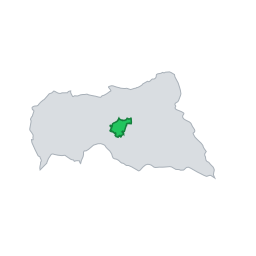 Bakala, Ouaka, Central African Republic (highlighted), rotated 17°
{"feature_id": "33826404B96667764649230", "entity_name": "Bakala", "entity_type": "district", "adm_level": 2, "iso_a3": "CAF", "parent_name": "Central African Republic", "parent_adm1": "Ouaka", "projection": "albers", "projection_center": [20.419, 6.598], "detail": "fine", "context": "in_parent", "style": "filled", "palette": "green", "viewbox_px": 256, "rotation_deg": 17, "n_neighbors": 0, "source": "geoboundaries", "source_scale": "gbopen_adm2", "svg_char_len": 5985}
<svg xmlns="http://www.w3.org/2000/svg" viewBox="0 0 256 256"><g transform="rotate(17 128 128)"><path d="M174.7,96.8L176.9,97.4L177.3,98.1L176.7,100.3L177.1,101.7L178.4,102.9L179.7,103.3L180.9,103.6L185.1,104.3L186.8,105.1L189.2,107.7L192.1,110.1L192.8,111.3L192.7,112.5L191.8,113.8L192.0,114.4L193.3,115.8L194.8,117.2L197.7,118.8L202.5,121.2L204.7,122.8L205.5,124.1L206.8,125.4L208.5,126.7L209.7,127.6L208.9,130.3L209.2,131.2L209.6,132.0L210.6,133.1L211.1,134.4L212.1,136.1L213.3,136.9L215.3,137.2L216.4,138.0L218.6,139.3L220.7,140.4L221.6,141.3L222.2,142.0L222.7,142.8L222.9,143.7L223.0,145.5L223.4,147.8L224.6,149.3L225.7,150.5L221.3,149.2L220.6,149.2L219.9,149.4L217.6,151.1L216.9,151.3L214.1,151.0L207.1,149.8L201.8,148.6L200.2,148.2L197.3,147.8L195.5,148.6L193.7,151.6L193.2,152.1L190.4,153.0L189.1,152.8L185.9,153.6L181.0,152.5L179.2,152.7L177.8,153.3L174.3,154.7L172.1,155.5L169.6,156.2L167.2,157.2L165.6,157.8L164.1,157.8L162.6,157.2L161.1,156.7L159.2,156.6L157.3,157.0L155.7,158.1L155.0,159.0L153.6,161.2L151.9,164.8L151.3,165.5L150.7,165.9L142.9,164.1L139.5,163.7L137.3,164.3L134.5,163.3L133.2,163.1L132.6,163.4L131.1,163.0L128.5,161.7L126.1,161.2L123.9,161.4L122.5,161.0L121.4,159.8L120.0,157.6L117.5,155.4L114.1,153.7L112.0,152.4L111.2,151.5L109.4,151.0L106.6,150.9L103.9,151.8L100.0,154.5L96.5,160.0L94.5,162.2L92.9,162.7L92.5,164.0L93.2,166.2L93.4,168.6L92.9,172.8L93.1,175.8L92.2,175.3L91.4,173.9L91.0,173.6L88.7,174.2L87.4,174.8L86.8,175.4L86.3,175.5L85.5,174.7L84.9,174.5L84.0,174.7L83.1,174.7L82.4,174.6L82.0,174.6L80.9,174.2L76.9,173.0L76.2,172.6L75.4,172.6L73.2,173.6L72.1,173.9L68.8,174.5L65.2,174.8L63.8,174.8L62.8,175.2L62.2,175.9L61.1,179.7L60.8,180.4L60.8,181.3L60.5,184.4L60.6,185.4L56.2,193.8L55.5,192.4L55.1,190.8L54.9,188.9L55.0,188.3L54.8,187.8L54.4,186.2L54.8,185.2L54.5,184.2L53.7,183.1L52.9,182.4L52.5,181.6L52.1,181.3L51.3,181.2L50.1,180.8L45.4,175.8L40.5,170.2L39.5,168.3L39.1,167.3L40.3,167.2L40.6,167.0L40.6,166.5L39.9,165.1L39.6,163.2L39.0,162.1L37.0,160.4L35.2,159.1L34.6,158.4L34.3,157.4L33.6,151.4L33.3,149.7L32.8,148.9L32.3,148.5L32.2,148.1L32.3,147.0L32.5,146.1L32.5,145.7L33.0,144.9L33.1,139.3L32.5,138.5L31.4,138.5L30.8,137.7L30.3,136.6L30.5,135.9L31.6,134.8L32.3,134.3L34.4,133.5L35.0,133.0L35.4,132.5L35.6,131.7L36.9,128.9L38.8,126.0L39.5,125.4L41.4,121.2L41.9,120.2L42.2,119.1L42.8,118.2L44.8,116.8L46.3,114.3L48.0,114.5L49.7,114.9L51.8,115.1L53.5,114.6L54.6,113.7L59.8,112.0L60.2,110.7L61.1,110.0L62.0,109.4L62.4,109.3L62.4,109.7L63.0,111.2L64.2,112.5L65.9,114.1L66.4,114.0L67.5,112.8L70.2,112.2L70.9,111.8L72.9,110.2L75.2,109.1L76.6,108.7L78.9,107.6L80.6,107.8L83.3,107.6L87.7,107.1L91.0,107.0L92.6,106.7L93.0,106.5L93.7,104.9L94.2,104.5L95.4,103.8L97.8,101.3L99.3,99.3L99.8,98.5L100.1,98.4L100.8,97.5L100.1,96.6L97.5,94.8L97.5,94.6L97.4,94.3L97.5,94.0L98.5,93.3L99.9,92.4L101.4,92.1L105.2,92.2L108.4,92.0L109.2,92.1L111.7,91.6L113.4,91.2L115.2,90.4L119.3,90.5L122.6,88.2L123.6,87.8L124.0,87.5L124.1,87.1L125.7,86.2L127.5,84.4L128.8,82.8L129.2,81.6L133.0,77.6L134.3,77.7L135.0,77.2L136.5,74.6L136.9,74.1L138.5,73.6L139.3,72.9L139.9,71.7L139.9,70.3L139.6,69.1L139.6,68.6L140.0,68.1L140.6,67.5L143.4,66.1L144.2,65.4L144.6,64.8L145.4,64.7L146.3,64.8L146.8,64.4L147.5,63.7L149.5,62.9L151.3,62.2L153.2,62.4L156.8,63.3L157.8,65.2L158.3,65.8L162.7,70.2L163.5,71.3L165.7,74.5L167.1,76.7L168.6,79.8L168.7,81.5L168.6,82.9L168.3,87.1L167.9,88.3L166.0,90.5L165.9,91.5L166.3,92.3L166.9,92.7L167.3,93.1L167.1,95.0L167.7,95.8L169.2,96.3L172.8,96.6L174.7,96.8Z" fill="#d9dde1" stroke="#a8b0b8" stroke-width="1"/><path d="M128.0,117.7L127.9,117.7L127.4,118.6L126.9,118.8L126.6,118.9L126.1,119.3L125.8,119.3L125.5,119.1L125.2,119.1L124.9,118.9L124.3,119.0L124.2,119.6L123.9,120.4L123.8,120.8L123.3,121.0L122.9,121.6L122.5,121.8L121.9,121.7L121.5,122.1L121.2,122.2L120.9,122.4L120.6,122.5L120.3,122.1L120.2,122.1L120.1,122.3L119.9,122.3L119.7,122.3L119.3,122.5L119.2,122.4L118.8,122.2L118.5,122.2L118.2,122.2L118.0,122.3L117.8,122.2L117.7,122.2L117.4,121.9L117.2,121.7L116.7,121.7L116.4,121.3L116.3,121.8L116.4,122.2L116.4,122.5L116.3,122.8L116.3,123.3L116.0,123.4L115.9,124.1L115.7,124.7L114.9,125.3L114.7,126.0L114.2,126.2L113.9,126.6L113.5,126.9L113.2,127.1L112.8,127.5L112.2,128.3L112.0,128.8L112.1,129.7L112.4,130.6L112.4,131.1L112.2,131.1L112.0,130.9L111.6,130.6L111.1,130.6L110.3,130.6L110.2,130.8L110.3,131.2L110.7,131.7L111.3,132.0L111.9,132.2L112.3,132.6L112.3,132.9L111.8,134.1L111.8,134.5L112.1,134.7L112.1,134.9L112.1,135.0L111.7,135.3L111.6,135.6L111.8,135.8L111.8,136.0L112.0,136.2L112.3,136.3L112.4,136.2L112.5,136.1L112.8,135.9L113.1,135.8L113.2,135.6L113.3,135.5L113.5,135.7L113.6,136.0L113.7,136.3L113.9,136.3L114.0,136.1L114.6,136.2L114.9,136.1L115.0,136.0L115.8,136.6L116.1,136.7L116.4,136.7L116.5,136.9L116.7,137.0L117.1,136.5L117.2,136.3L117.5,136.3L117.9,136.8L117.8,137.3L118.0,137.5L118.2,137.9L118.0,138.2L117.9,138.5L117.9,138.9L118.0,139.0L118.3,139.0L118.6,139.2L119.1,139.7L119.3,139.7L119.5,139.6L119.9,139.4L120.0,139.6L120.4,139.7L120.8,139.7L121.2,139.7L121.2,139.3L121.7,138.8L121.6,138.7L121.7,138.3L121.7,137.9L121.9,137.7L122.1,137.6L122.6,137.6L123.0,137.6L122.9,137.8L123.1,138.1L123.3,138.4L123.4,138.6L123.6,138.7L123.8,138.6L123.8,138.3L123.8,138.1L124.0,138.0L124.0,137.7L123.8,137.5L124.3,136.6L125.1,135.9L125.4,135.6L125.4,135.3L125.3,135.0L125.1,134.7L124.2,134.0L124.3,134.0L124.9,134.3L125.5,134.8L125.4,134.5L125.1,134.0L124.8,133.8L124.1,132.8L123.7,132.8L123.7,132.7L124.6,132.6L125.5,132.3L125.5,130.5L125.5,128.3L125.5,126.9L125.4,126.6L125.5,126.4L125.8,126.2L125.6,125.9L125.5,125.7L125.8,125.2L125.7,124.8L125.5,124.6L125.6,124.4L125.6,124.1L125.8,124.0L126.0,123.9L126.4,123.7L126.5,123.6L126.9,123.6L127.1,123.4L127.3,123.5L127.5,123.5L127.7,123.3L127.9,123.1L128.0,123.1L128.0,122.9L128.3,122.9L128.5,122.9L128.8,122.9L128.8,123.1L129.1,123.0L129.3,123.1L129.5,123.0L129.8,122.9L129.5,121.4L128.9,119.9L128.4,118.5L128.0,117.7Z" fill="#22c55e" stroke="#15803d" stroke-width="1.5"/></g></svg>